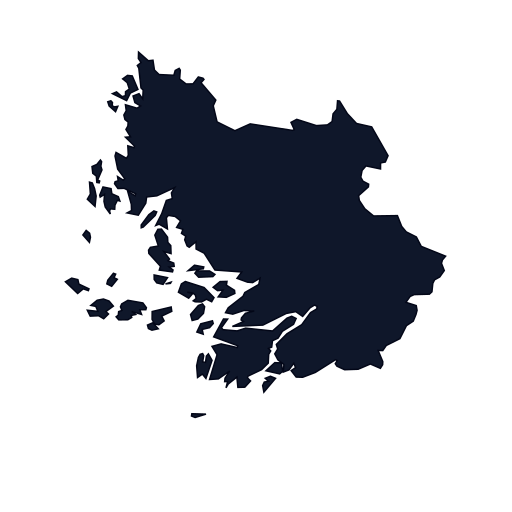 outline of Finland Proper, rotated 16°
{"feature_id": "FIN-3191", "entity_name": "Finland Proper", "entity_type": "Region", "adm_level": 1, "iso_a3": "FIN", "parent_name": "Finland", "parent_adm1": "", "projection": "orthographic", "projection_center": [22.144, 60.47], "detail": "fine", "context": "isolated", "style": "filled", "palette": "ink", "viewbox_px": 512, "rotation_deg": 16, "n_neighbors": 0, "source": "natural_earth", "source_scale": "10m", "svg_char_len": 6097}
<svg xmlns="http://www.w3.org/2000/svg" viewBox="0 0 512 512"><g transform="rotate(16 256 256)"><path d="M321.4,356.5L324.8,352.4L321.9,348.6L319.1,356.4L314.3,360.0L312.7,352.5L305.7,349.8L301.0,344.9L302.5,339.4L299.9,335.4L307.2,322.2L318.9,309.4L324.0,295.4L329.0,290.1L328.6,287.6L325.8,287.0L322.3,290.8L317.5,301.2L309.6,298.5L300.9,302.9L281.7,320.5L252.7,330.2L262.1,322.4L259.3,321.6L259.1,319.5L261.6,314.0L269.5,309.4L259.4,311.7L249.7,318.3L242.3,318.9L243.6,313.4L254.6,298.3L255.3,294.2L266.5,282.6L266.0,276.1L260.1,282.5L255.0,283.5L243.9,282.7L246.7,275.3L220.4,280.8L205.4,267.6L196.5,265.8L194.4,258.8L189.4,266.0L187.0,265.3L183.0,260.1L183.0,256.3L178.1,254.8L178.4,250.5L171.8,250.4L173.8,243.0L167.4,240.3L160.6,241.1L159.3,243.9L163.4,254.4L154.1,252.1L151.2,254.3L153.7,241.2L154.5,227.3L159.7,223.9L157.3,218.7L159.0,212.6L144.1,225.5L134.6,229.4L135.5,235.6L131.6,249.2L120.2,250.1L123.8,246.6L121.9,240.7L114.9,229.3L123.2,231.4L123.2,229.3L110.6,227.3L104.7,229.2L100.1,225.5L100.1,223.4L102.8,221.7L101.0,217.8L107.5,219.7L108.5,217.8L99.1,210.6L92.9,198.7L92.9,195.0L104.5,197.8L105.5,194.4L102.4,185.4L108.9,185.5L108.9,183.8L97.8,177.8L102.5,176.0L96.1,170.2L97.0,166.4L96.2,162.5L92.4,160.9L90.1,156.9L91.2,152.1L88.8,146.6L100.9,146.7L103.7,143.6L97.3,141.9L93.7,136.1L98.8,132.2L103.8,136.2L101.8,127.6L99.1,126.1L91.6,107.8L89.4,105.6L92.2,101.7L88.5,98.6L86.9,92.4L98.7,98.0L103.0,96.2L107.1,105.2L112.8,108.3L127.2,104.9L127.2,99.9L130.4,96.8L132.0,98.2L133.8,106.9L141.4,109.9L148.0,107.9L151.2,99.8L156.0,99.7L157.3,100.6L155.4,104.6L174.4,117.2L173.5,123.4L181.6,137.8L201.2,141.4L214.0,130.6L256.5,125.2L258.0,124.0L252.8,117.9L257.5,113.4L278.1,114.0L288.5,110.3L292.1,105.8L290.9,98.1L293.3,92.7L291.6,84.3L293.6,84.0L304.6,94.0L316.1,100.9L331.6,100.0L355.3,123.2L354.4,130.0L350.1,132.2L351.7,138.0L336.9,139.1L334.4,144.5L335.0,151.4L338.2,154.6L344.5,155.9L345.0,158.6L338.0,169.7L340.0,174.1L347.6,180.6L358.0,185.1L380.8,178.2L387.9,187.4L393.8,191.4L404.9,193.5L412.2,201.2L438.3,203.9L436.3,208.4L436.3,211.9L441.0,218.1L438.4,225.5L434.2,229.7L433.5,233.6L435.0,241.9L433.2,244.9L418.7,249.5L415.3,252.4L412.9,259.2L423.7,259.5L425.8,263.8L425.9,268.1L425.1,275.3L419.8,281.5L417.1,295.8L405.9,306.1L403.9,312.0L399.4,313.1L407.0,322.6L407.7,325.6L406.5,329.7L395.7,328.3L385.4,336.7L372.5,340.9L364.2,339.6L361.9,337.7L362.9,334.1L361.0,333.8L345.1,351.6L334.3,359.7L328.0,361.3L321.4,356.5ZM292.6,323.5L302.9,307.2L306.9,304.1L311.8,305.0L310.9,311.3L302.1,321.1L299.8,328.9L295.2,332.9L296.2,339.3L293.4,341.4L296.3,343.2L295.3,347.0L297.3,355.6L292.7,363.7L281.4,373.7L281.4,375.5L285.2,377.6L281.4,385.2L274.8,387.3L271.0,377.7L264.6,386.7L263.5,391.0L263.3,384.5L260.5,385.4L259.9,382.0L262.4,373.8L253.7,384.5L245.4,387.5L245.8,361.6L238.6,355.0L246.7,350.1L263.2,349.2L263.2,347.3L237.6,345.4L242.1,325.5L246.1,324.5L242.5,334.6L244.7,335.9L258.5,333.2L265.9,328.2L292.6,323.5ZM180.1,294.3L166.9,296.2L167.0,292.2L152.3,283.1L151.1,280.0L152.1,276.8L159.4,273.3L153.0,263.8L154.3,257.4L157.7,256.2L165.8,262.3L167.5,267.2L171.2,269.5L173.7,277.1L166.1,277.1L173.7,282.8L172.6,284.8L178.9,285.5L180.2,288.5L175.5,290.5L180.1,292.3L180.1,294.3ZM195.1,300.0L214.8,300.6L227.1,307.6L226.0,312.2L220.3,311.2L216.3,315.2L210.1,316.8L208.0,316.4L210.2,313.3L208.5,310.3L205.3,308.9L199.8,309.7L205.4,309.7L202.9,315.1L191.4,312.2L192.0,303.4L195.1,300.0ZM145.1,333.9L160.2,332.3L164.9,335.9L164.9,338.0L159.1,339.7L162.1,343.7L151.6,343.6L156.4,345.4L152.3,347.6L153.5,349.3L150.4,352.6L141.7,355.2L138.3,353.0L139.9,350.8L139.3,347.3L142.1,345.3L139.7,342.2L140.1,339.1L145.1,333.9ZM110.9,349.0L115.5,342.3L121.2,339.4L127.2,339.8L132.7,343.5L127.0,350.8L130.2,352.4L126.9,358.3L121.2,356.8L113.2,359.5L108.8,354.6L119.3,352.8L115.9,348.6L110.9,349.0ZM98.1,231.2L100.3,235.9L107.3,236.9L110.0,240.7L107.4,240.7L106.4,246.0L107.3,250.0L103.2,250.8L102.8,253.0L104.4,255.8L97.6,250.5L94.8,245.4L93.4,238.5L90.0,242.3L89.0,240.6L89.9,231.8L98.1,231.2ZM236.8,372.2L235.9,365.9L237.2,363.2L242.5,368.4L241.6,387.5L237.0,384.3L233.3,388.9L229.2,377.9L228.6,369.4L229.4,365.9L231.6,364.5L233.2,366.2L233.9,372.5L236.8,372.2ZM88.8,142.3L73.3,139.5L76.7,136.7L83.3,139.7L86.3,137.9L85.3,134.0L88.2,130.4L84.4,124.8L79.0,122.5L82.7,117.8L87.4,117.0L96.6,128.4L90.3,134.0L88.8,142.3ZM233.7,297.9L228.6,299.9L223.4,297.9L228.5,290.5L235.1,288.4L235.6,292.2L244.8,294.9L246.0,297.8L238.9,303.9L230.9,305.7L233.7,297.9ZM188.5,328.4L190.3,332.4L181.9,339.8L185.6,343.7L181.6,348.9L177.3,349.3L173.6,345.6L171.5,338.0L188.5,328.4ZM91.3,327.8L93.5,331.8L104.5,333.6L104.4,335.5L99.0,335.2L94.9,341.2L79.9,333.3L84.9,328.1L91.3,327.8ZM209.2,330.3L214.2,319.5L217.8,316.8L220.6,318.9L221.3,325.6L217.5,332.6L212.4,335.6L209.2,330.3ZM309.8,351.8L313.4,359.4L311.2,362.8L297.2,363.6L303.5,353.3L309.8,351.8ZM87.6,252.7L78.2,247.9L79.7,242.1L75.6,230.9L78.5,230.9L82.3,235.8L85.8,242.4L87.6,252.7ZM85.1,228.9L82.7,229.2L80.5,223.2L76.3,221.5L73.7,215.2L77.8,211.8L80.0,206.6L81.6,207.9L82.1,212.4L84.2,215.7L82.8,226.6L85.1,227.0L85.1,228.9ZM221.6,336.4L232.0,330.3L233.5,332.7L231.1,337.7L224.5,341.4L226.8,345.7L220.1,345.4L221.6,336.4ZM221.6,285.0L220.2,287.7L206.7,292.2L202.0,289.4L203.0,286.7L215.5,283.2L221.6,285.0ZM174.5,308.9L168.0,309.2L164.6,306.6L163.3,302.3L176.9,301.2L174.5,308.9ZM303.0,367.6L308.5,368.2L301.1,384.7L298.1,378.7L298.7,374.9L302.6,373.0L298.6,371.0L303.0,367.6ZM147.9,244.8L139.6,259.3L137.9,260.5L137.1,257.8L141.6,245.8L145.4,240.8L148.4,241.0L147.9,244.8ZM125.5,316.0L129.1,316.6L125.6,324.9L120.3,323.9L120.2,320.1L123.7,311.9L126.1,312.1L125.5,316.0ZM175.1,348.7L182.1,352.9L176.4,356.0L172.6,355.4L170.7,352.3L175.1,348.7ZM208.8,280.9L208.9,282.8L194.8,288.8L199.4,281.8L208.8,280.9ZM237.8,425.3L251.5,421.8L242.0,428.0L238.1,427.6L237.8,425.3ZM89.8,280.0L91.7,283.6L92.1,288.8L83.8,283.5L85.7,278.2L89.8,280.0ZM79.0,151.6L81.9,150.2L81.2,156.0L73.5,152.3L71.0,148.6L73.7,146.8L75.7,148.0L76.4,151.3L79.0,151.6ZM181.3,305.9L176.7,307.8L181.6,304.5L181.3,305.9Z" fill="#0f172a" stroke="#020617" stroke-width="1.5"/></g></svg>